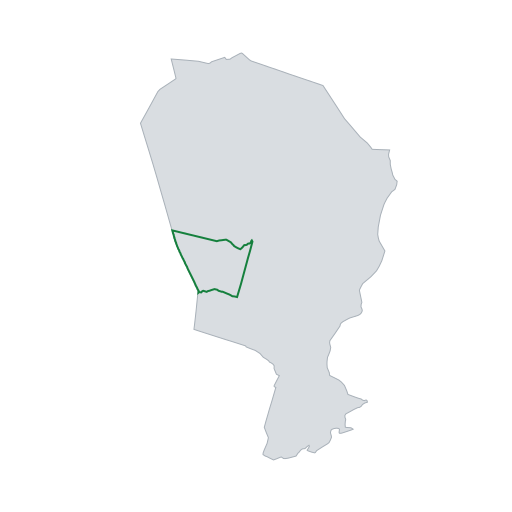 Arlit, Agadez, Niger shown in context, rotated 287°
{"feature_id": "23599985B35740417673211", "entity_name": "Arlit", "entity_type": "district", "adm_level": 2, "iso_a3": "NER", "parent_name": "Niger", "parent_adm1": "Agadez", "projection": "albers", "projection_center": [7.12, 19.518], "detail": "fine", "context": "in_parent", "style": "outline", "palette": "green", "viewbox_px": 512, "rotation_deg": 287, "n_neighbors": 0, "source": "geoboundaries", "source_scale": "gbopen_adm2", "svg_char_len": 4494}
<svg xmlns="http://www.w3.org/2000/svg" viewBox="0 0 512 512"><g transform="rotate(287 256 256)"><path d="M396.5,352.8L392.1,353.0L389.6,353.9L386.5,356.5L382.9,357.6L378.6,359.9L375.9,361.7L373.4,363.1L369.9,366.5L368.8,369.1L365.3,369.7L360.3,369.4L357.1,367.0L349.7,364.5L344.9,363.6L342.7,363.3L331.5,363.1L319.6,364.4L313.5,365.8L312.4,366.0L309.0,367.7L306.2,369.5L298.5,377.8L288.3,377.7L282.2,376.8L277.1,375.6L269.7,371.9L260.8,366.1L257.3,365.4L254.2,364.9L253.2,365.0L242.6,370.8L240.5,370.7L238.0,371.3L236.3,372.8L235.1,373.5L233.8,373.6L232.2,373.3L230.5,372.4L228.9,370.8L224.5,364.3L223.6,363.2L221.7,361.3L218.6,358.3L216.5,356.9L215.2,356.6L213.6,356.8L205.1,354.2L196.6,351.4L194.7,351.7L193.4,352.3L190.4,354.2L186.9,354.6L182.5,354.3L180.1,354.0L176.2,354.7L173.6,355.4L170.1,356.7L165.7,360.3L164.4,360.8L163.3,361.4L161.6,371.5L160.4,374.5L158.1,378.4L153.6,382.2L150.5,384.4L150.3,387.6L150.0,392.6L149.9,396.2L150.0,398.4L149.5,399.5L149.3,400.5L149.4,402.0L150.1,402.7L150.5,403.7L150.2,404.4L148.8,405.3L147.2,403.0L145.2,401.3L143.0,400.5L141.5,399.3L140.8,397.7L137.9,394.5L131.3,388.1L130.6,387.9L129.5,387.6L127.6,388.3L126.4,389.3L125.5,389.7L124.3,389.7L121.1,390.4L118.5,391.4L118.4,392.2L119.5,397.0L118.8,399.5L117.7,398.3L114.2,393.4L111.7,389.8L111.3,389.0L110.9,387.8L111.2,387.2L112.2,386.9L114.6,386.5L115.0,386.1L115.2,385.2L114.9,383.3L113.7,380.9L112.3,379.2L111.6,378.8L110.2,378.7L108.7,378.9L105.7,380.8L104.5,381.2L101.5,380.9L98.9,380.4L97.3,379.3L92.7,375.2L87.6,370.9L85.4,370.2L84.9,369.7L84.7,366.5L84.9,362.6L85.3,361.6L87.4,362.3L89.7,362.7L90.5,362.0L88.7,360.6L86.1,359.1L85.2,356.9L84.4,356.2L83.3,355.4L81.9,354.9L80.5,354.3L79.6,353.7L78.1,353.3L76.4,352.8L74.2,349.3L72.1,345.9L70.8,343.2L70.4,341.6L71.2,339.0L70.5,337.9L68.1,335.0L66.1,332.4L66.7,328.5L67.3,325.3L67.4,323.2L67.8,322.1L68.1,320.8L69.6,320.4L73.1,320.6L80.1,321.4L85.7,321.0L86.0,320.9L90.1,317.5L94.6,314.0L101.2,313.8L108.3,313.7L113.8,313.6L122.0,313.6L128.5,313.5L136.1,313.4L136.4,311.7L136.9,311.3L137.6,311.3L143.2,312.3L148.4,313.3L148.9,310.1L153.6,306.2L156.2,305.5L156.9,304.8L157.7,303.5L158.3,301.4L158.5,299.9L159.5,298.7L160.3,296.4L161.3,292.5L163.9,288.4L165.5,282.8L165.8,277.3L166.2,273.2L167.0,272.3L167.1,264.9L167.2,257.5L167.2,251.3L167.3,243.5L167.4,236.6L167.5,229.2L167.6,222.5L167.7,218.1L172.9,217.2L178.3,216.2L186.2,214.7L194.7,213.0L204.0,211.2L206.1,210.1L213.2,203.8L216.3,200.9L222.6,195.2L227.5,190.8L233.6,185.2L240.1,179.5L245.2,175.0L253.3,169.9L265.4,162.1L277.5,154.3L289.6,146.4L301.6,138.6L313.6,130.7L325.5,122.7L337.3,114.7L349.2,106.7L361.3,109.3L372.9,111.7L384.6,114.1L387.4,115.5L393.7,120.7L401.9,127.4L402.2,127.5L402.6,127.5L410.0,123.1L419.6,117.3L422.8,131.7L425.4,144.1L425.9,152.1L426.1,154.2L426.9,155.5L428.8,156.8L436.8,168.0L435.3,170.1L436.6,173.6L438.6,175.1L445.1,181.6L445.9,182.9L445.6,184.0L441.7,192.3L441.1,194.4L440.8,204.7L440.5,212.0L440.2,222.0L439.7,234.0L439.4,244.2L439.0,257.6L438.6,270.2L432.6,277.4L421.9,290.2L413.1,300.6L408.8,307.5L400.2,320.9L396.5,329.5L393.5,334.0L392.0,335.9L393.6,342.1L396.5,352.8Z" fill="#d9dde1" stroke="#a8b0b8" stroke-width="1"/><path d="M258.9,248.8L268.7,248.4L269.7,247.4L269.3,247.2L267.0,247.0L266.0,246.1L265.7,245.1L265.2,244.5L264.4,244.2L263.8,243.6L263.2,242.4L263.1,241.8L262.7,241.4L261.2,240.9L259.2,239.9L257.9,239.0L258.0,238.1L258.1,236.8L258.5,234.6L258.8,233.5L259.1,232.2L259.7,231.5L260.4,230.0L261.3,228.6L261.8,227.8L262.3,225.5L262.7,223.9L262.9,222.6L261.8,220.1L261.1,218.7L260.1,216.3L258.7,214.2L256.0,168.5L253.4,170.1L252.1,171.2L251.4,171.4L249.8,172.6L249.5,172.5L248.8,173.1L247.4,174.2L247.0,174.2L245.2,175.8L244.8,175.9L243.0,177.3L242.6,177.5L240.8,179.1L240.4,179.3L239.8,179.8L239.6,180.2L238.5,181.2L237.9,181.4L236.4,183.1L235.6,183.5L234.6,184.5L233.9,185.2L232.2,186.7L232.1,187.1L231.3,187.7L230.6,188.3L229.1,189.9L228.7,189.9L226.6,192.0L225.4,193.3L224.1,194.2L222.1,196.1L218.0,200.0L216.2,201.7L214.4,203.4L212.9,204.8L211.8,205.7L210.7,206.7L210.1,207.0L209.7,207.6L208.1,209.2L207.6,209.5L205.8,211.4L204.1,211.7L205.0,212.3L205.0,213.4L205.2,214.3L206.6,214.9L207.3,215.7L207.3,219.3L208.4,220.3L209.3,221.9L210.4,223.3L212.2,226.0L212.4,228.9L211.8,230.3L211.8,233.8L212.1,234.4L212.0,235.5L211.6,239.1L211.4,241.6L211.1,243.3L210.7,244.6L210.6,245.3L210.9,246.4L211.1,247.8L211.2,249.9L224.9,249.8L233.7,249.5L246.1,249.1L251.9,248.9L258.9,248.8Z" fill="none" stroke="#15803d" stroke-width="2"/></g></svg>